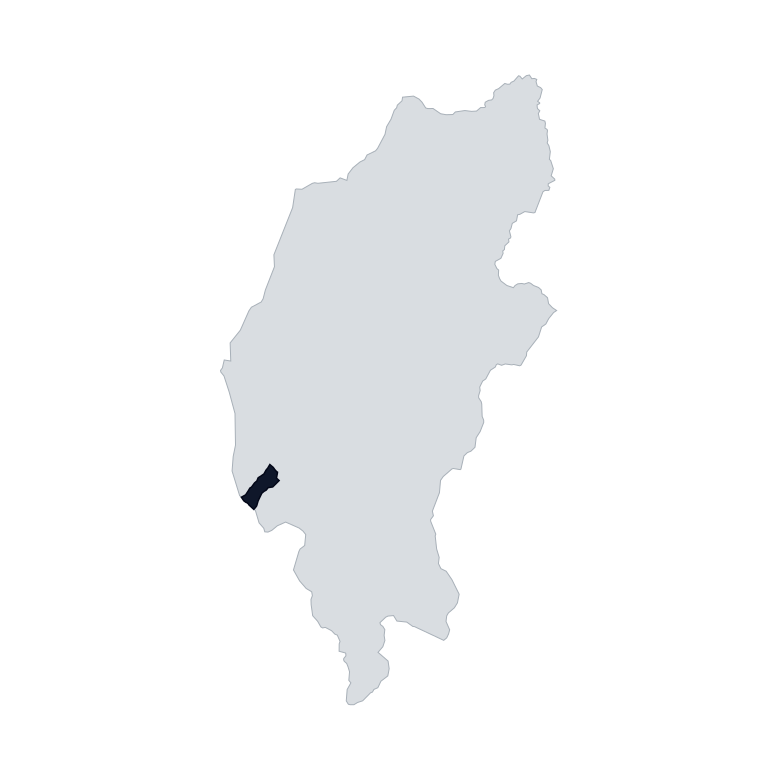 Xo'vsgol, Dornogovi, Mongolia (highlighted), rotated 96°
{"feature_id": "93677404B21741172653366", "entity_name": "Xo'vsgol", "entity_type": "district", "adm_level": 2, "iso_a3": "MNG", "parent_name": "Mongolia", "parent_adm1": "Dornogovi", "projection": "albers", "projection_center": [110.095, 43.425], "detail": "fine", "context": "in_parent", "style": "filled", "palette": "ink", "viewbox_px": 768, "rotation_deg": 96, "n_neighbors": 0, "source": "geoboundaries", "source_scale": "gbopen_adm2", "svg_char_len": 4449}
<svg xmlns="http://www.w3.org/2000/svg" viewBox="0 0 768 768"><g transform="rotate(96 384 384)"><path d="M65.1,263.9L67.4,264.4L71.6,262.7L72.9,259.2L74.6,257.4L83.3,258.7L86.8,260.8L88.0,258.6L88.8,258.5L90.4,260.9L92.5,260.6L94.1,260.1L96.0,257.6L98.8,258.8L104.5,257.0L105.7,251.5L107.9,250.7L112.6,250.7L113.8,248.4L114.9,247.9L118.3,248.0L124.5,246.5L127.2,246.9L129.8,244.9L135.5,242.9L143.3,243.0L144.3,241.6L152.2,238.1L159.5,239.5L162.4,235.6L163.6,235.4L167.7,241.6L169.9,241.4L171.1,239.6L174.2,240.3L174.7,244.2L176.2,246.0L197.7,251.8L198.2,253.2L197.8,262.0L201.1,266.7L201.7,268.8L207.9,269.3L210.8,273.2L216.1,274.0L218.6,275.3L224.3,273.2L225.5,273.4L226.9,275.3L229.6,274.6L233.9,278.3L237.7,278.3L239.3,279.8L241.7,279.2L246.8,280.9L250.4,286.1L253.4,286.3L257.4,283.8L258.7,281.9L264.0,281.6L267.2,280.0L269.4,278.4L273.2,272.1L274.7,265.4L272.3,263.9L270.4,261.4L269.6,257.5L269.9,254.9L268.0,250.7L268.5,248.7L270.4,245.6L271.9,240.3L274.0,237.5L277.7,236.4L278.4,234.2L281.1,230.4L286.9,228.7L290.5,224.5L292.9,220.0L295.2,222.8L301.7,227.0L307.4,229.3L310.8,233.2L321.0,235.3L337.3,245.4L341.0,245.3L350.9,249.7L351.7,251.0L351.0,257.1L351.6,258.9L351.4,265.5L353.1,269.0L352.1,273.0L353.0,274.3L355.5,275.1L359.2,279.6L368.3,283.3L370.8,286.2L377.1,288.5L380.5,287.7L385.8,288.7L387.8,288.4L391.4,285.5L393.7,284.7L406.0,283.0L409.5,281.1L411.8,280.8L421.2,283.4L427.8,286.7L437.4,286.9L441.7,290.5L443.5,293.9L447.2,297.0L460.6,298.6L461.2,299.3L460.8,306.3L461.3,307.5L469.8,315.4L473.9,317.7L486.3,317.5L505.4,322.6L509.9,321.1L514.0,323.5L515.5,323.3L527.9,316.8L529.8,317.2L542.6,314.4L550.7,311.0L556.9,311.1L561.7,308.1L563.7,302.6L571.5,296.0L585.2,287.3L594.0,288.1L599.2,290.6L604.9,296.0L608.0,297.4L613.7,297.5L621.6,293.0L625.9,293.7L629.9,295.1L632.7,297.8L622.1,328.3L622.1,330.0L618.4,336.5L618.4,346.4L613.3,350.3L614.4,355.8L615.7,357.9L621.8,363.1L623.7,362.3L625.2,359.8L628.2,357.5L634.0,357.6L639.0,356.3L645.4,357.7L651.5,361.9L659.1,351.0L666.6,349.1L673.9,349.7L679.9,356.0L686.7,358.4L688.8,362.1L691.6,363.3L692.5,365.1L701.3,372.1L703.5,377.0L706.1,380.4L706.5,384.1L706.2,386.0L703.1,388.4L691.7,388.7L684.7,385.7L682.4,388.0L673.8,388.2L669.0,390.2L665.8,391.9L664.0,394.5L662.6,395.3L661.1,395.3L658.4,393.5L656.1,393.8L655.5,394.3L654.5,400.7L647.1,401.4L644.6,400.8L638.6,404.2L637.9,406.7L634.8,410.4L632.2,416.9L633.0,419.6L632.2,421.4L626.9,425.2L621.9,430.7L611.0,433.4L605.9,434.1L602.0,433.1L598.2,434.2L595.5,440.0L588.7,447.3L578.4,454.6L559.3,451.1L556.9,450.2L552.9,446.0L541.9,446.1L538.8,449.1L536.1,453.4L531.6,467.4L536.1,475.2L541.3,480.3L543.4,483.9L543.5,487.1L540.0,488.5L535.2,493.7L523.4,498.6L510.1,515.9L486.4,526.0L471.8,526.4L460.3,525.3L428.9,529.1L408.2,537.1L392.7,544.0L389.2,547.5L387.6,548.0L384.9,546.4L376.8,545.4L377.2,538.8L359.2,541.3L345.5,532.5L325.4,526.0L321.5,523.9L315.3,514.7L311.8,513.1L302.9,511.8L278.8,505.2L267.0,507.0L218.1,493.3L199.8,492.5L199.2,491.6L198.9,485.9L191.9,476.2L191.1,474.0L191.3,470.7L187.4,452.5L183.6,449.2L185.4,442.2L178.9,441.6L172.2,437.5L165.7,431.1L162.9,426.7L158.0,424.8L153.0,416.8L150.3,415.0L135.6,409.1L127.8,408.3L119.9,404.7L110.7,402.4L108.0,400.3L105.3,399.9L100.5,395.7L96.8,395.5L94.6,384.7L97.0,378.9L99.7,375.7L105.1,371.4L105.5,369.3L104.9,364.0L109.3,355.9L109.7,350.3L108.8,343.7L106.0,341.5L103.6,332.2L103.7,325.4L102.9,320.5L99.0,316.8L98.5,312.6L97.2,312.0L95.9,313.0L93.2,312.8L91.0,309.7L90.2,306.6L88.7,305.4L85.8,304.8L82.8,305.4L80.1,304.0L78.2,300.8L72.5,295.3L73.0,292.4L72.6,290.2L70.7,289.1L69.2,286.5L63.4,282.4L63.7,281.0L66.2,278.4L62.5,274.7L61.5,271.7L64.9,268.9L64.4,266.3L65.1,263.9Z" fill="#d9dde1" stroke="#a8b0b8" stroke-width="1"/><path d="M476.0,489.1L478.8,490.4L479.4,490.6L481.8,492.2L482.1,492.4L482.4,492.5L486.0,494.0L489.1,497.7L489.7,498.5L490.5,499.4L493.7,500.3L495.9,502.4L500.4,505.0L501.5,506.5L504.2,507.7L508.7,510.0L511.5,514.0L512.7,513.0L513.8,512.1L515.0,511.0L515.7,509.7L516.1,509.0L516.1,508.9L516.3,508.5L516.3,508.1L516.3,507.9L516.6,507.5L516.8,507.2L517.3,506.4L517.5,506.3L518.1,506.0L519.0,504.8L519.7,503.9L520.5,502.8L521.2,501.9L522.3,500.4L520.4,499.0L518.5,497.9L513.5,497.0L509.8,495.7L505.4,494.1L503.3,492.1L501.8,490.0L499.2,488.4L498.4,485.4L498.0,483.9L491.0,478.2L488.8,481.1L483.9,480.7L482.8,480.7L482.4,481.6L480.4,483.8L479.3,484.7L478.3,485.7L477.4,487.1L476.0,489.1Z" fill="#0f172a" stroke="#020617" stroke-width="1.5"/></g></svg>